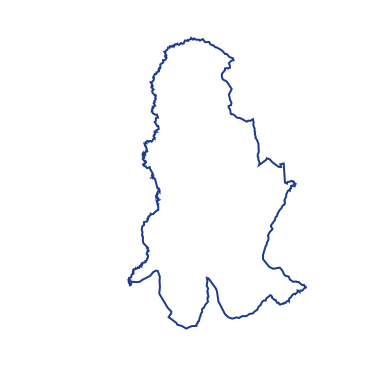 the district of Chinsali, Muchinga, Zambia, rotated 334°
{"feature_id": "96606910B49575738019753", "entity_name": "Chinsali", "entity_type": "district", "adm_level": 2, "iso_a3": "ZMB", "parent_name": "Zambia", "parent_adm1": "Muchinga", "projection": "robinson", "projection_center": [32.159, -10.298], "detail": "fine", "context": "isolated", "style": "outline", "palette": "blue", "viewbox_px": 384, "rotation_deg": 334, "n_neighbors": 0, "source": "geoboundaries", "source_scale": "gbopen_adm2", "svg_char_len": 6043}
<svg xmlns="http://www.w3.org/2000/svg" viewBox="0 0 384 384"><g transform="rotate(334 192 192)"><path d="M288.7,230.2L287.4,228.1L288.0,227.2L286.0,225.5L284.7,225.7L282.3,224.8L281.0,226.1L279.7,224.3L286.9,206.6L283.5,205.8L283.0,208.5L281.0,207.5L277.4,200.8L276.3,197.0L274.1,194.5L272.8,195.6L264.1,197.2L264.9,196.4L265.8,194.0L265.7,192.4L266.8,189.9L266.6,188.8L268.0,186.5L269.6,185.3L272.9,177.5L273.2,174.3L272.9,170.8L273.5,170.2L273.9,167.4L275.0,166.0L274.8,164.9L276.0,162.7L276.4,158.8L277.8,156.6L278.7,153.3L275.5,153.6L273.8,152.5L272.1,152.8L267.7,146.7L265.1,145.0L263.5,140.8L261.1,138.9L262.4,134.5L262.0,132.4L262.6,130.8L265.2,131.0L266.6,129.1L266.6,126.0L267.9,120.6L272.8,116.9L271.7,108.0L269.0,104.2L269.5,101.0L270.9,98.8L275.1,96.9L275.7,95.5L277.4,95.7L278.8,96.9L280.6,96.9L281.4,94.9L281.6,92.5L284.8,91.3L287.1,91.7L287.4,89.8L284.7,86.9L283.8,83.3L282.2,82.4L281.4,79.1L280.2,76.7L277.4,72.7L276.5,72.3L275.2,69.1L274.1,68.7L273.1,66.5L273.2,64.7L269.5,63.1L268.7,59.3L265.5,59.4L265.1,58.2L262.8,57.2L261.6,55.5L260.9,55.7L260.8,54.9L259.3,55.1L258.7,53.2L257.9,54.0L256.3,53.8L254.9,54.5L254.5,53.6L253.9,53.9L252.0,52.7L249.6,54.9L248.0,54.4L247.6,53.3L244.9,54.1L243.9,53.1L243.9,52.3L242.5,52.5L241.8,51.8L240.4,52.7L240.6,52.2L239.4,52.4L238.8,52.0L238.6,52.7L237.9,52.8L236.0,51.2L235.1,52.5L233.7,51.7L232.3,53.3L230.2,53.6L229.3,55.0L228.6,54.4L228.9,57.9L228.1,58.3L228.2,57.4L227.3,57.8L227.2,58.9L228.1,59.9L227.2,60.9L225.5,61.6L223.8,60.8L223.0,63.0L219.5,63.4L217.9,66.7L217.4,66.9L217.5,66.2L216.7,66.4L215.4,67.6L215.7,68.5L215.1,69.1L212.4,69.0L212.0,70.0L211.1,70.3L210.3,69.7L207.2,72.1L207.8,72.8L206.7,74.5L204.8,75.5L202.9,75.2L203.4,77.7L203.0,78.2L203.2,79.4L202.8,79.8L201.9,79.4L201.4,80.1L202.4,83.0L200.6,83.5L200.0,85.3L201.1,89.5L201.7,89.2L201.7,89.7L200.0,91.5L200.3,92.4L198.8,93.7L198.1,93.7L197.7,95.1L196.5,95.3L196.7,98.3L195.7,98.1L194.5,98.9L194.1,98.4L193.7,99.7L192.8,99.5L192.0,101.5L191.5,101.4L191.0,102.1L191.4,102.7L191.3,104.0L192.6,106.1L194.4,107.1L194.0,107.8L194.3,109.0L194.0,110.2L191.9,109.8L190.3,112.6L189.1,112.8L189.6,115.8L189.4,117.2L190.6,117.9L189.7,120.8L186.5,121.0L186.1,121.4L186.4,122.2L184.9,121.3L184.3,122.4L184.8,123.0L184.5,123.5L183.3,124.3L182.7,124.1L181.8,125.1L182.3,126.9L181.6,127.1L181.5,127.8L180.9,127.2L177.8,129.1L176.9,127.8L175.6,127.4L175.0,127.9L174.3,126.6L172.5,126.9L172.4,128.3L170.5,127.5L170.1,130.4L170.7,131.0L170.2,132.0L170.2,133.5L169.0,134.8L169.7,135.2L169.6,135.9L167.0,135.8L166.6,137.0L166.1,136.0L165.8,136.9L165.2,136.7L165.3,135.4L164.4,136.0L163.7,137.6L165.0,138.0L165.2,138.7L164.2,140.1L163.7,139.2L163.5,140.1L162.4,140.1L162.2,140.6L162.9,143.8L163.8,143.8L163.8,145.0L161.1,146.4L160.6,145.6L159.9,146.1L160.6,147.9L161.5,148.7L162.1,151.0L164.9,151.1L164.4,152.9L164.8,157.9L164.6,158.9L164.2,158.6L163.2,159.5L163.4,160.4L163.0,160.8L163.4,161.0L162.4,161.4L163.1,161.6L163.0,162.6L163.8,162.5L164.5,164.1L162.7,172.9L162.8,174.0L163.6,174.1L163.6,176.4L163.0,177.5L162.9,176.5L162.5,177.0L161.9,176.5L160.8,177.2L160.4,178.5L159.8,178.2L159.1,179.5L158.3,179.5L158.6,180.6L157.4,180.8L157.4,181.9L158.9,182.9L158.0,183.8L158.8,184.6L157.4,184.6L156.7,185.5L156.3,184.8L155.7,187.6L156.3,188.2L155.4,188.7L155.3,190.4L153.7,193.4L152.2,193.2L147.4,194.8L145.7,194.2L145.3,193.5L144.3,194.7L142.0,195.0L141.9,195.9L140.2,196.5L140.6,197.0L138.8,198.8L135.6,198.0L134.4,200.7L132.7,200.9L131.4,202.1L130.0,204.7L129.9,206.3L128.0,209.3L128.4,210.4L126.4,214.4L125.9,216.7L127.6,221.9L127.0,222.4L127.9,223.2L126.3,225.3L127.0,226.0L124.8,226.9L124.0,228.2L124.7,229.3L123.9,231.4L122.2,232.4L122.1,233.0L120.7,233.8L119.8,233.6L119.4,234.8L116.3,233.9L115.4,234.6L115.8,235.0L115.3,235.6L114.5,234.9L114.0,235.5L113.1,235.5L113.5,236.7L112.3,236.2L111.1,237.0L110.4,236.1L109.6,236.7L108.0,236.5L108.0,235.8L106.7,236.4L106.0,235.9L105.2,236.1L105.0,237.3L104.2,237.3L103.6,238.1L104.0,239.1L103.7,239.7L101.6,239.8L100.1,241.8L97.7,241.7L97.6,242.7L96.9,242.8L97.3,243.5L96.4,243.4L95.8,244.5L95.9,245.3L96.4,245.2L95.5,246.0L95.9,246.8L95.3,248.6L96.3,248.7L98.5,246.2L102.7,248.8L105.7,249.8L108.6,249.2L117.8,249.0L122.0,247.0L125.2,246.9L126.6,247.9L126.0,253.9L123.8,257.8L121.6,263.2L118.0,269.0L119.4,285.3L121.0,290.4L120.1,291.9L116.1,294.2L120.6,302.8L120.6,304.8L124.1,307.9L126.9,312.2L132.9,312.4L137.3,314.3L138.1,312.9L139.6,312.4L140.3,311.2L141.6,311.1L144.5,307.6L145.5,307.1L146.1,305.8L148.5,304.2L150.0,301.4L151.6,301.4L154.7,299.1L158.3,297.6L158.8,295.4L159.9,293.5L160.7,293.6L161.3,292.2L161.3,290.9L162.2,289.3L161.9,288.4L164.2,285.8L164.1,282.7L166.8,278.8L167.7,275.7L169.0,277.0L171.2,289.3L170.9,292.2L167.8,301.9L168.1,316.2L169.8,320.6L172.7,323.5L177.2,324.3L179.1,325.9L182.6,325.5L186.5,327.4L190.5,326.8L192.7,327.7L194.0,327.6L196.2,326.7L198.7,326.6L201.7,324.2L204.1,323.7L206.7,321.5L209.1,321.0L210.5,321.9L212.2,320.2L217.3,319.1L218.1,320.9L217.6,322.3L219.1,325.5L219.7,325.6L219.9,328.8L221.3,329.5L221.3,331.2L222.0,331.9L223.5,331.8L225.2,332.6L225.8,332.0L227.6,332.7L228.8,331.9L231.0,331.9L231.3,332.8L232.7,330.4L235.1,329.8L236.8,328.6L238.9,328.2L239.9,329.1L240.2,328.7L241.7,328.7L243.5,328.0L243.7,326.8L244.2,327.0L244.9,328.9L245.2,328.2L246.4,328.1L247.6,329.0L251.3,327.6L252.5,327.8L252.6,326.8L252.0,326.4L251.9,324.5L250.6,324.2L249.7,322.9L248.5,319.7L247.0,319.1L246.3,318.0L243.7,317.2L241.6,313.6L241.8,310.4L239.4,308.4L238.6,306.7L238.8,302.0L237.6,298.4L231.3,296.6L228.6,293.1L226.4,283.5L228.3,279.6L234.7,272.7L236.0,272.1L236.9,270.5L239.8,268.4L241.1,265.8L241.1,264.5L244.1,262.2L248.2,260.6L247.9,257.6L248.4,256.6L254.5,253.4L255.8,251.4L258.0,250.8L259.3,249.1L263.1,246.5L264.5,246.2L267.8,243.8L269.2,244.0L270.7,242.8L270.8,241.7L271.5,240.8L271.4,239.9L274.8,237.2L275.8,235.3L278.7,233.1L280.1,232.8L280.6,233.6L281.5,232.1L282.7,232.1L283.5,230.1L284.6,230.5L284.9,230.1L286.7,231.9L287.3,231.2L286.8,230.3L287.3,230.0L287.9,230.7L288.7,230.2Z" fill="none" stroke="#1e3a8a" stroke-width="2"/></g></svg>